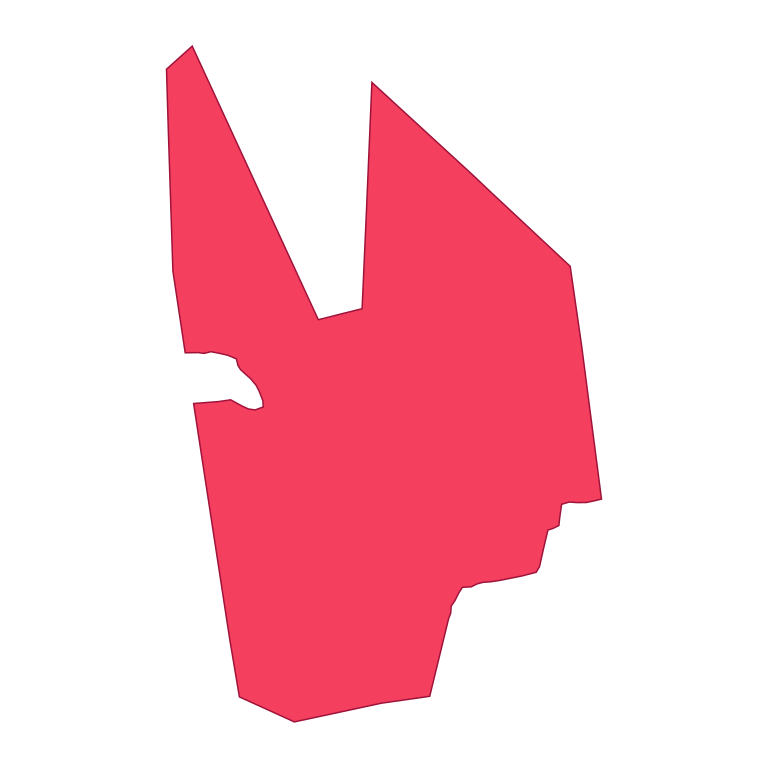 outline of Socorro do Piauí, Piauí, Brazil
{"feature_id": "56859067B27559858306193", "entity_name": "Socorro do Piauí", "entity_type": "district", "adm_level": 2, "iso_a3": "BRA", "parent_name": "Brazil", "parent_adm1": "Piauí", "projection": "orthographic", "projection_center": [-42.476, -7.881], "detail": "fine", "context": "isolated", "style": "filled", "palette": "rose", "viewbox_px": 768, "rotation_deg": 0, "n_neighbors": 0, "source": "geoboundaries", "source_scale": "gbopen_adm2", "svg_char_len": 933}
<svg xmlns="http://www.w3.org/2000/svg" viewBox="0 0 768 768"><path d="M473.5,175.7L371.9,82.4L366.4,212.3L362.1,308.7L344.4,313.1L318.3,319.7L192.2,46.1L166.5,69.2L168.3,129.7L172.9,271.0L185.2,352.8L198.0,352.6L204.0,353.4L211.0,351.7L219.7,353.4L227.6,355.2L236.4,358.9L238.0,365.5L240.6,369.7L245.9,374.5L250.6,378.7L256.1,385.3L259.0,390.8L262.9,400.8L263.2,407.0L255.2,409.9L248.5,409.0L242.0,406.0L230.7,399.8L223.3,400.9L218.2,401.6L193.6,403.5L212.7,528.1L229.7,639.1L239.4,696.9L294.3,721.9L381.3,703.2L429.7,696.3L448.6,618.7L450.7,613.2L451.2,606.1L454.9,600.7L458.7,593.1L462.4,587.3L471.3,586.8L477.1,583.9L483.1,582.3L490.3,581.8L499.3,580.5L522.3,575.9L536.2,572.2L539.5,566.7L543.2,550.1L547.9,530.1L553.1,528.4L558.9,525.5L559.7,517.8L561.6,504.3L569.4,502.0L577.0,502.6L586.3,502.5L593.5,501.0L601.5,499.1L581.7,346.3L570.2,266.3L491.5,192.8L473.5,175.7Z" fill="#f43f5e" stroke="#9f1239" stroke-width="1.5"/></svg>